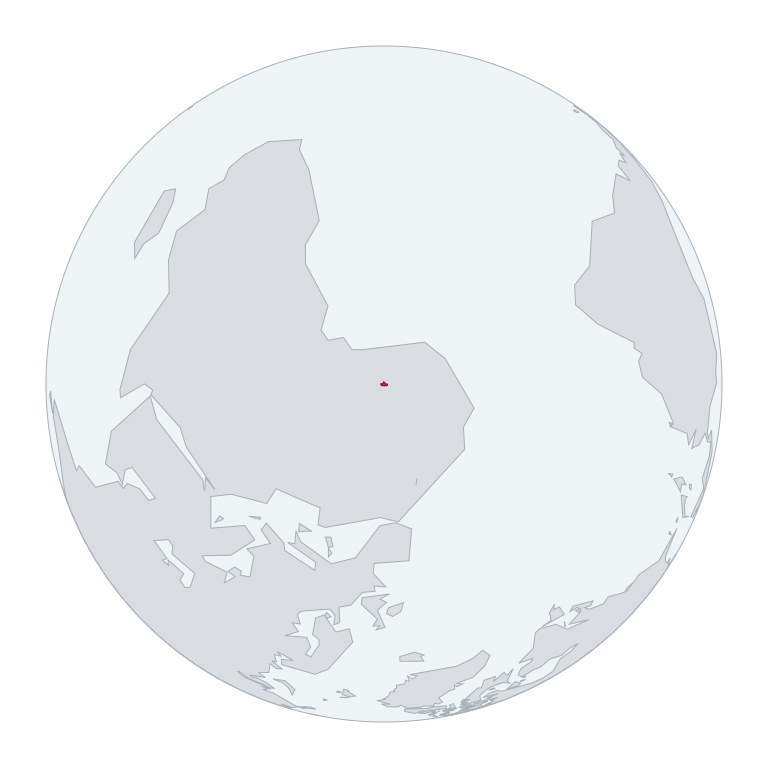 Bazéga highlighted on a globe, orthographic projection, rotated 183°
{"feature_id": "BFA-2814", "entity_name": "Bazéga", "entity_type": "Province", "adm_level": 1, "iso_a3": "BFA", "parent_name": "Burkina Faso", "parent_adm1": "", "projection": "orthographic", "projection_center": [-1.43, 11.889], "detail": "fine", "context": "on_globe", "style": "filled", "palette": "rose", "viewbox_px": 768, "rotation_deg": 183, "n_neighbors": 0, "source": "natural_earth", "source_scale": "10m", "svg_char_len": 9460}
<svg xmlns="http://www.w3.org/2000/svg" viewBox="0 0 768 768"><g transform="rotate(183 384 384)"><circle cx="384" cy="384" r="338" fill="#eef3f6" stroke="#a8b0b8"/><path d="M293.0,58.6L260.0,70.7L266.2,68.7L257.4,73.6L261.3,73.4L254.0,76.8L263.4,73.9L269.4,71.0L275.5,69.0L278.3,69.0L269.5,72.9L266.8,73.5L265.7,74.7L260.0,76.8L264.4,75.7L253.4,81.1L268.4,76.0L263.0,80.5L254.6,84.1L250.2,83.4L219.8,93.4L210.0,98.7L200.4,105.8L193.4,119.0L184.6,125.7L176.6,135.0L183.7,130.8L192.6,122.3L203.9,118.0L213.4,109.2L219.4,106.6L231.2,98.6L235.0,100.6L232.2,107.1L222.6,114.2L221.1,117.7L234.8,112.2L221.2,127.8L219.8,143.3L215.7,147.9L199.5,153.0L188.1,148.7L167.2,159.4L186.3,153.8L175.7,167.0L176.3,170.2L180.1,170.8L186.3,166.5L183.8,171.9L164.0,178.4L165.9,173.6L172.2,171.2L166.7,169.8L153.3,176.1L149.0,183.3L133.2,188.4L129.9,194.0L124.7,198.8L131.0,189.3L119.3,207.1L100.2,221.9L83.9,255.2L93.8,227.1L93.7,221.9L92.0,219.8L89.1,225.0L90.8,217.5L85.5,225.5L83.3,229.8L95.7,207.7L109.7,186.6L125.2,166.7L142.2,147.9L160.6,130.5L180.2,114.5L200.9,100.0L222.7,87.1L245.4,75.8L268.9,66.3L293.0,58.6ZM65.0,272.5L64.3,277.0L68.6,266.8L70.6,267.5L59.3,296.4L61.2,306.3L55.3,329.4L54.6,343.3L57.9,342.9L60.7,351.7L66.1,339.9L73.3,335.7L69.9,355.1L76.6,339.3L78.7,350.4L95.2,356.3L93.0,360.2L106.3,388.6L126.3,404.5L130.9,420.0L127.9,428.1L136.1,432.7L136.3,438.5L173.7,455.0L196.8,473.1L198.8,492.9L184.8,512.7L184.6,557.4L162.7,566.8L165.6,584.0L163.2,605.9L148.8,599.9L161.7,614.2L160.9,619.8L154.0,617.7L160.4,626.3L155.6,624.5L164.2,631.7L168.1,640.0L180.3,650.2L186.1,656.7L194.4,662.6L192.3,661.5L193.2,662.5L197.1,665.3L185.7,657.6L169.3,644.9L163.7,639.7L160.8,637.4L147.6,623.4L148.7,625.4L127.6,600.7L115.9,581.4L87.6,519.5L80.9,505.4L68.8,485.5L53.3,431.6L53.4,413.4L51.8,402.8L57.3,379.0L58.5,351.9L57.3,346.8L54.4,355.1L52.8,333.9L55.9,312.6L59.4,290.2L65.0,272.5ZM78.7,266.2L81.3,288.7L75.2,287.2L77.2,284.8L77.5,276.5L76.5,267.5L72.4,267.9L78.7,266.2ZM90.3,250.7L89.4,248.4L90.9,249.3L90.3,250.7ZM228.4,98.3L229.7,98.5L226.8,99.8L228.4,98.3ZM232.2,94.9L227.9,96.3L229.0,95.0L231.7,94.1L232.2,94.9ZM237.3,93.5L231.7,92.5L233.8,90.2L245.8,85.3L237.3,93.5ZM270.0,70.2L263.8,73.2L266.4,70.9L270.0,70.2ZM270.2,69.3L269.3,66.8L279.8,62.9L278.0,64.2L289.6,60.0L295.2,59.2L290.1,61.4L282.1,63.8L290.3,61.8L270.2,69.3ZM278.1,68.1L277.0,67.6L286.1,64.1L290.0,64.5L285.8,65.4L278.1,68.1ZM289.9,59.6L297.3,57.5L303.9,56.1L307.7,55.3L296.3,58.9L289.9,59.6ZM285.2,66.2L291.8,64.9L290.1,66.7L279.8,68.4L285.2,66.2ZM286.8,63.2L291.3,61.7L290.1,62.6L286.8,63.2ZM287.7,73.5L286.2,72.3L290.7,70.2L287.7,73.5ZM294.3,64.3L294.9,63.8L296.5,63.0L300.4,62.6L294.3,64.3ZM301.7,58.0L302.9,58.2L306.7,56.4L311.8,55.9L303.2,58.6L309.1,57.2L310.6,57.1L301.9,59.6L301.7,58.0ZM309.2,60.2L300.1,64.4L302.0,66.6L297.9,68.4L295.6,64.5L309.2,60.2ZM305.7,59.5L307.0,60.2L301.3,61.6L296.9,62.1L305.7,59.5ZM318.3,54.7L312.8,54.8L314.8,54.3L318.3,54.7ZM310.9,60.4L313.1,59.5L311.7,60.4L310.9,60.4ZM317.3,56.0L315.1,55.9L317.5,55.3L317.3,56.0ZM319.3,57.9L316.3,59.1L313.3,59.2L319.3,57.9ZM319.3,56.7L323.1,55.9L313.9,58.6L317.9,56.8L319.3,56.7ZM320.0,55.4L320.7,55.0L320.6,55.5L320.0,55.4ZM332.6,57.0L321.8,60.3L315.0,60.5L326.5,57.1L332.6,57.0ZM208.7,672.4L188.5,659.7L198.1,666.0L194.9,663.2L209.1,671.7L208.7,672.4ZM203.6,665.7L205.8,665.1L209.1,667.0L208.4,667.9L203.6,665.7ZM700.0,264.3L695.2,252.9L698.3,264.6L705.6,303.0L712.6,334.9L712.5,351.4L697.7,310.3L686.6,281.4L684.1,286.4L666.6,265.8L644.4,272.9L638.8,266.0L635.2,271.3L622.4,266.5L612.8,255.4L606.3,258.0L631.2,287.5L638.0,284.9L640.1,270.2L646.1,281.6L658.0,289.5L653.8,322.6L616.8,359.8L609.1,336.5L559.5,278.1L558.7,270.7L558.3,270.0L557.5,268.6L557.2,280.9L547.3,269.6L578.2,310.8L585.2,329.8L616.4,361.3L614.4,365.7L623.2,371.6L646.4,356.5L647.4,364.6L639.0,405.1L603.3,463.6L605.7,496.7L599.2,525.8L571.9,548.8L569.1,570.0L554.3,579.5L549.9,591.7L535.1,605.8L512.2,620.0L478.8,623.8L480.7,613.4L470.2,594.0L457.2,543.8L469.9,518.7L468.6,499.8L444.0,458.9L449.7,434.5L442.1,424.8L427.0,428.3L417.7,416.7L408.1,417.0L345.6,427.9L324.1,412.5L292.8,364.6L302.4,345.2L300.0,323.0L362.5,247.1L380.4,250.4L435.0,237.7L442.6,239.8L441.3,256.8L486.3,273.7L494.8,258.5L530.5,265.9L551.0,262.6L549.4,230.9L515.7,235.4L504.9,221.5L527.8,205.1L556.5,202.9L553.1,197.5L530.8,187.8L533.1,177.0L522.6,183.8L530.0,188.6L523.6,193.4L516.5,189.5L517.5,185.5L507.7,184.3L505.0,205.1L512.3,212.2L489.1,218.8L499.0,231.8L494.3,238.9L475.7,220.0L474.3,212.5L443.3,194.2L442.8,202.4L471.9,220.7L464.7,219.8L464.2,232.8L459.0,222.2L427.3,201.7L403.5,208.9L380.6,242.3L365.2,246.1L348.9,240.8L349.8,208.8L384.2,204.3L385.0,194.4L371.7,181.5L383.3,181.8L382.1,176.5L394.5,174.8L405.7,161.2L417.3,158.9L415.8,143.6L421.5,140.8L420.8,150.3L426.5,156.4L454.7,152.8L458.4,149.2L455.1,139.9L463.3,140.8L456.5,132.4L469.8,127.5L447.9,127.0L443.5,117.8L448.2,110.2L442.8,107.5L435.1,120.1L435.6,125.5L442.2,130.0L440.1,146.6L431.7,150.3L419.1,133.8L405.8,137.8L401.8,124.6L425.0,96.1L437.8,90.5L471.5,98.3L472.0,103.7L460.1,103.2L476.6,111.2L472.6,106.8L479.4,108.1L476.9,101.0L481.6,101.6L471.1,94.2L476.6,94.2L483.1,98.9L484.0,89.9L493.8,89.2L491.7,87.0L486.8,84.8L502.4,86.1L500.2,84.5L494.2,83.4L485.9,79.7L477.4,74.2L483.3,74.9L487.2,77.0L504.2,83.1L513.6,89.5L515.1,89.3L508.4,84.1L487.6,76.4L480.8,73.0L490.7,75.8L486.6,74.5L485.0,73.1L489.0,72.6L478.2,69.5L453.3,56.9L458.5,56.0L470.1,59.1L458.9,54.6L462.5,55.3L486.8,62.1L510.7,70.7L533.8,81.1L556.0,93.2L577.3,106.9L597.5,122.1L616.6,138.8L634.3,156.9L650.6,176.3L665.4,196.9L678.6,218.5L690.2,241.0L700.0,264.3ZM346.7,285.0L346.3,291.6L346.7,285.0ZM591.0,217.3L605.4,215.6L591.6,198.3L596.0,196.5L589.7,191.7L590.5,197.1L574.0,184.0L577.6,177.6L572.1,170.4L567.0,170.8L563.1,184.9L586.7,203.2L586.5,211.4L591.0,217.3ZM95.8,356.2L97.3,360.7L94.4,359.8L95.8,356.2ZM71.9,294.4L73.6,296.2L73.7,299.8L71.9,299.8L71.9,294.4ZM92.0,306.2L95.1,309.4L90.9,309.3L92.0,306.2ZM82.3,291.8L89.5,304.4L81.4,306.8L77.2,299.2L81.5,299.7L82.3,291.8ZM84.6,260.7L85.1,262.9L83.3,266.1L84.6,260.7ZM91.4,251.5L90.8,251.5L91.5,248.3L91.4,251.5ZM176.9,166.6L178.4,166.2L181.2,167.9L177.7,169.4L176.9,166.6ZM206.8,164.4L202.1,173.2L203.0,167.5L197.2,170.6L191.9,163.4L213.4,149.9L204.6,156.9L206.8,164.4ZM190.7,151.4L191.7,156.6L189.8,151.5L190.7,151.4ZM363.3,152.3L369.5,154.9L367.7,161.0L353.0,166.6L355.4,157.5L363.3,152.3ZM378.7,157.5L370.3,141.1L379.2,137.9L375.6,142.3L382.3,141.8L378.4,148.9L395.1,162.9L394.6,169.5L367.6,174.6L376.7,168.9L370.1,166.2L378.7,157.5ZM333.2,114.0L329.7,109.3L353.5,107.9L354.0,112.6L339.3,117.8L330.0,115.4L333.2,114.0ZM259.5,86.1L256.7,86.2L259.1,84.8L263.6,83.7L259.5,86.1ZM286.6,73.1L274.7,85.2L270.8,85.6L268.5,93.4L257.3,97.9L259.2,92.4L248.9,102.4L246.0,99.3L240.2,106.2L245.5,93.6L242.6,92.0L250.1,91.9L260.5,87.6L264.1,85.3L272.1,78.0L270.8,73.6L280.9,69.6L288.4,67.9L290.2,68.3L283.1,70.6L290.6,69.6L281.7,73.4L286.6,73.1ZM369.8,64.3L360.7,64.5L374.4,67.5L365.6,69.4L367.7,69.7L363.3,72.6L361.7,76.8L357.0,77.4L358.4,78.9L355.5,81.2L355.8,83.6L347.4,85.8L347.2,89.1L343.3,88.3L345.1,93.6L340.0,90.8L335.8,94.2L343.0,95.1L296.9,105.9L281.5,114.2L271.4,123.2L264.0,118.4L268.7,107.5L280.0,95.6L295.9,88.9L289.7,88.6L295.4,85.5L297.9,87.1L297.5,82.9L302.9,80.9L313.0,73.3L309.0,69.6L312.6,67.2L316.9,67.7L317.5,65.0L328.0,64.5L330.8,63.0L343.9,61.5L350.5,64.2L353.2,62.3L363.3,61.8L369.8,64.3ZM336.4,56.6L346.3,58.2L346.3,60.5L323.4,62.3L319.4,63.8L304.7,66.0L305.0,63.1L309.2,62.6L313.3,61.5L311.5,62.8L316.0,61.0L321.9,60.5L327.0,59.0L328.8,59.8L336.4,56.6ZM448.3,233.0L453.7,233.2L461.4,231.7L461.2,240.3L448.3,233.0ZM426.5,219.1L430.9,217.6L434.4,228.1L428.9,228.3L426.5,219.1ZM430.4,208.4L430.9,216.7L427.3,212.4L430.4,208.4ZM424.6,148.8L428.9,147.2L430.6,149.3L429.5,152.8L424.6,148.8ZM408.5,77.1L403.3,76.0L403.9,75.1L396.5,70.9L402.4,69.7L409.3,71.7L408.5,77.1ZM545.4,236.9L541.2,243.7L537.3,241.2L539.6,239.4L545.4,236.9ZM500.5,242.2L512.2,244.8L500.3,244.5L500.5,242.2ZM413.8,75.1L410.0,73.4L415.3,73.9L413.8,75.1ZM406.4,68.7L412.1,68.8L402.3,69.1L406.4,68.7ZM594.4,647.6L591.5,650.4L589.3,651.7L594.4,647.6ZM640.6,512.3L613.6,565.2L602.3,567.9L604.2,554.1L616.9,522.9L631.3,511.4L639.5,496.2L640.6,512.3ZM713.4,337.6L717.3,355.0L716.6,359.5L713.4,337.6ZM459.4,68.6L463.1,75.1L469.7,80.4L479.6,83.7L467.2,82.5L457.0,74.2L459.4,68.6ZM453.4,57.9L444.7,56.0L447.3,55.8L449.7,56.2L453.4,57.9ZM449.0,57.5L440.6,57.5L435.0,55.8L442.7,56.1L449.0,57.5ZM427.6,64.5L428.3,66.3L423.9,65.6L427.6,64.5ZM433.0,49.6L441.1,51.0L437.9,50.5L431.7,49.5L433.0,49.6Z" fill="#d9dde1" stroke="#a8b0b8" stroke-width="1"/><path d="M386.1,382.3L386.3,382.4L386.3,382.5L386.3,382.8L386.5,383.0L386.7,383.3L386.8,383.4L386.9,383.5L387.1,383.6L387.1,383.8L387.1,384.0L386.8,384.1L386.5,383.9L386.2,383.8L385.8,383.9L385.4,384.1L385.2,384.3L385.1,384.5L384.6,385.2L384.5,385.8L384.0,385.6L383.9,385.4L383.7,385.2L383.3,385.0L383.2,384.9L383.0,384.7L382.8,384.7L382.7,384.6L382.5,384.4L382.4,384.3L381.9,383.8L381.8,383.7L381.6,383.7L381.5,383.9L381.3,383.9L381.1,383.8L380.9,383.9L380.7,383.6L380.6,383.3L380.8,383.1L380.9,382.9L381.0,382.7L381.3,382.5L381.5,382.5L381.7,382.8L381.8,382.9L382.0,382.9L382.3,383.0L382.6,382.8L382.8,382.7L383.1,382.6L383.3,382.4L383.5,382.2L383.8,382.2L383.9,382.3L384.0,382.6L384.3,382.6L384.6,382.5L384.9,382.6L385.0,382.6L385.4,382.5L385.6,382.5L385.7,382.4L385.9,382.4L386.0,382.3L386.1,382.3Z" fill="#f43f5e" stroke="#9f1239" stroke-width="1.5"/></g></svg>